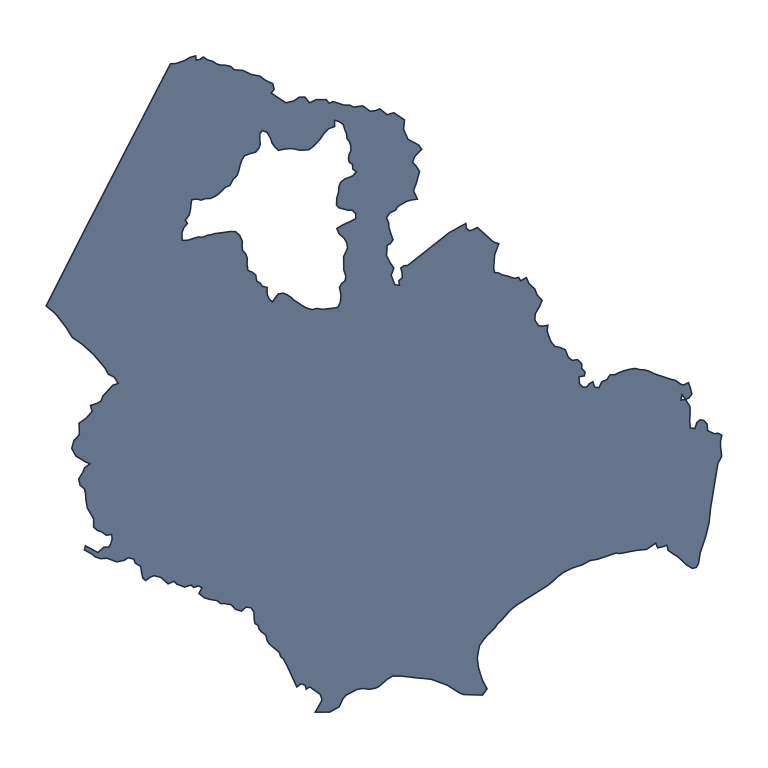 Pelotas, Rio Grande do Sul, Brazil (Natural Earth projection)
{"feature_id": "56859067B94583558960101", "entity_name": "Pelotas", "entity_type": "district", "adm_level": 2, "iso_a3": "BRA", "parent_name": "Brazil", "parent_adm1": "Rio Grande do Sul", "projection": "natural_earth1", "projection_center": [-52.336, -31.561], "detail": "fine", "context": "isolated", "style": "filled", "palette": "slate", "viewbox_px": 768, "rotation_deg": 0, "n_neighbors": 0, "source": "geoboundaries", "source_scale": "gbopen_adm2", "svg_char_len": 6007}
<svg xmlns="http://www.w3.org/2000/svg" viewBox="0 0 768 768"><path d="M46.1,306.0L54.4,312.7L57.2,315.9L63.5,324.1L66.0,327.3L72.3,337.5L81.8,343.9L93.9,354.9L104.9,368.0L108.3,374.2L114.4,377.3L118.1,383.5L112.8,385.2L102.9,396.0L100.9,401.1L96.8,403.5L90.5,405.4L92.1,411.5L85.8,418.5L79.0,423.2L79.4,434.0L77.2,437.3L74.0,440.3L71.7,448.4L75.9,456.1L85.9,462.1L90.0,463.7L84.4,468.0L83.0,471.9L78.7,479.0L80.0,485.2L84.6,489.0L85.6,494.8L85.9,499.8L87.3,508.0L93.6,518.9L93.6,527.1L97.4,530.5L101.2,531.6L106.4,535.3L111.5,534.4L112.2,538.5L110.8,543.9L108.7,547.1L104.0,547.1L97.8,552.5L85.5,545.8L84.3,549.9L92.2,554.2L95.0,556.8L100.6,558.7L107.1,558.3L116.8,561.9L124.1,560.4L128.2,557.8L133.9,559.2L135.1,563.0L140.7,566.5L141.5,572.2L142.8,578.1L145.6,580.6L150.7,576.9L154.1,575.7L160.9,577.4L168.1,583.9L174.1,581.3L176.7,584.1L184.6,587.1L191.1,585.1L193.8,587.5L198.7,585.8L201.9,587.9L198.9,593.5L204.5,597.9L209.6,599.4L216.9,600.6L220.9,603.7L224.2,603.5L231.2,604.7L235.4,609.3L241.3,611.1L246.2,607.1L251.1,607.9L253.9,611.9L254.2,619.8L255.0,623.7L258.1,625.2L259.0,629.0L261.7,632.1L265.6,634.8L267.3,640.9L269.3,643.9L274.5,648.4L279.2,652.3L280.6,656.5L283.2,658.7L287.1,665.8L296.8,687.0L301.0,683.8L305.2,685.2L306.1,689.2L309.7,686.9L320.2,694.4L322.1,700.0L315.2,712.2L329.8,712.1L339.1,706.9L343.0,698.7L346.0,695.2L350.7,692.7L356.4,689.7L362.5,688.5L369.7,689.3L375.5,688.2L378.8,686.6L387.5,679.1L392.5,676.1L396.2,676.1L401.0,676.1L418.7,678.1L423.5,678.5L431.2,679.3L447.4,685.3L459.7,693.1L463.9,694.6L482.5,695.1L487.1,688.8L483.0,681.3L481.0,675.9L478.5,667.5L478.0,663.6L477.3,657.9L478.5,650.9L479.6,645.4L485.5,637.2L491.8,631.0L494.3,628.5L497.8,623.6L501.1,620.6L507.5,613.5L510.1,610.4L516.5,605.2L548.3,585.1L552.6,581.5L558.0,576.6L563.3,572.5L572.2,568.1L582.4,564.8L589.9,560.6L597.6,559.3L616.0,553.1L619.6,553.6L636.5,550.4L646.6,549.4L655.7,543.2L657.6,547.9L662.4,546.9L666.8,545.3L668.1,550.3L674.1,554.6L677.8,556.6L686.5,565.0L692.4,568.4L696.3,567.5L698.5,563.6L700.3,552.5L705.8,536.3L709.1,522.6L710.6,508.2L717.9,463.5L721.7,456.2L720.5,446.2L720.6,440.7L721.9,435.3L717.9,433.1L714.5,433.8L707.6,430.6L707.1,424.1L703.8,420.4L700.2,419.8L696.9,422.4L694.8,428.6L690.3,427.8L689.7,420.9L690.1,413.0L690.1,406.8L685.5,399.4L689.0,397.9L691.9,394.0L690.2,387.3L688.5,382.6L683.5,385.1L680.2,383.9L675.5,380.3L671.7,379.5L658.8,375.3L654.3,373.7L648.6,371.0L644.8,369.9L640.0,369.6L634.8,368.4L629.5,369.3L623.7,370.8L618.4,372.9L614.3,374.8L610.1,374.8L606.8,379.8L601.7,381.8L599.0,387.7L594.6,387.2L592.8,381.7L589.2,383.9L586.4,387.3L582.7,386.9L579.5,383.7L579.0,376.8L584.4,375.9L585.1,372.1L581.8,368.4L581.7,363.7L577.5,359.6L572.1,360.4L568.3,357.2L565.3,349.7L560.2,347.5L554.7,346.3L551.2,342.0L548.6,335.7L547.1,330.5L547.9,325.2L543.4,326.1L538.7,325.8L534.9,320.3L535.2,314.0L539.7,306.3L542.1,300.4L539.3,297.4L536.8,294.2L534.8,288.9L528.9,283.5L526.4,277.6L520.6,280.8L518.7,277.4L515.0,278.3L511.5,277.4L507.8,276.1L502.3,274.9L498.5,272.9L494.5,272.4L493.7,268.2L494.7,254.6L498.8,243.7L493.4,241.9L477.3,227.4L472.5,229.9L469.1,230.7L466.3,228.2L465.9,223.5L458.6,227.3L454.7,229.7L449.4,232.5L407.7,265.4L403.9,265.8L400.8,267.9L401.9,272.3L402.4,277.6L398.8,280.7L399.4,285.2L394.9,284.8L391.2,275.1L393.9,268.0L390.4,263.2L386.4,255.3L387.0,249.3L387.1,245.4L390.3,243.6L393.0,239.8L390.5,232.5L388.9,227.1L388.7,222.6L386.5,217.8L389.6,213.1L395.6,210.1L397.8,206.4L406.7,201.3L411.5,200.0L417.4,199.2L413.5,190.6L416.2,183.7L417.8,177.8L419.6,171.6L416.0,165.9L412.5,162.3L414.8,156.4L418.3,152.7L421.8,149.3L418.5,144.9L408.1,139.4L403.5,129.2L404.6,120.0L393.8,112.7L387.2,114.7L379.8,108.8L375.7,110.6L369.9,111.2L366.6,108.6L362.7,105.8L353.6,107.1L350.1,105.2L343.5,105.0L337.7,103.0L332.9,101.5L329.4,103.3L326.1,99.6L316.2,99.6L309.5,102.8L304.8,97.0L299.1,97.2L293.9,100.9L285.8,102.8L271.2,93.1L274.2,89.3L272.8,83.7L267.1,81.1L263.8,79.2L260.1,76.2L250.9,74.3L242.6,70.3L234.3,69.8L230.6,66.3L224.7,65.1L220.3,65.0L216.6,63.9L212.9,61.4L207.0,59.6L203.3,57.0L199.9,59.4L196.2,60.2L195.7,55.8L189.9,57.4L184.3,60.7L175.8,63.5L170.5,63.7L156.5,90.6L143.3,116.4L124.8,152.1L108.5,183.7L99.5,201.3L87.8,223.8L46.1,306.0ZM272.5,301.8L269.1,298.9L267.2,294.6L267.1,287.4L262.3,286.3L260.2,283.0L256.7,281.1L255.8,275.1L252.2,272.1L248.0,270.5L247.1,264.7L247.3,258.1L245.9,254.2L242.6,250.3L242.1,246.2L242.4,241.3L239.6,235.2L235.5,231.6L230.1,231.5L224.6,232.3L218.6,233.1L214.6,233.6L210.7,234.8L207.4,235.2L202.8,237.2L198.0,237.0L193.1,238.5L189.4,239.8L185.6,240.4L182.2,240.3L182.0,232.5L184.1,227.3L187.4,223.5L185.4,220.2L189.2,215.0L190.6,208.8L191.0,204.2L191.9,199.6L197.3,199.1L201.0,200.2L205.2,198.7L210.3,198.5L215.2,196.4L218.6,193.8L222.1,190.7L225.5,187.1L229.8,185.6L233.1,179.4L237.1,175.5L239.0,170.0L240.2,164.8L242.0,159.8L244.6,155.7L250.3,153.6L255.7,152.1L258.9,148.2L260.3,144.3L259.8,139.2L259.9,133.8L262.2,130.6L267.0,132.3L270.7,138.7L272.1,143.2L275.1,147.2L278.4,150.4L284.4,149.1L289.5,148.6L293.9,148.9L298.8,150.1L303.6,150.1L309.0,149.7L313.8,146.0L317.1,142.4L320.3,139.0L323.9,133.5L328.6,128.7L334.7,126.5L334.5,120.3L338.8,121.4L343.2,124.4L344.9,129.9L346.6,133.8L347.0,138.7L349.5,141.7L350.8,146.0L350.9,150.8L349.0,154.5L348.4,158.6L349.4,162.4L352.5,164.4L352.7,169.0L356.2,171.9L353.0,175.7L349.5,177.2L344.9,178.9L340.7,182.1L339.0,186.2L338.5,192.3L336.7,198.3L336.5,205.2L339.1,207.9L342.6,208.8L347.4,210.1L352.5,210.4L355.7,213.8L355.7,218.7L351.6,220.8L347.7,222.6L342.5,225.0L336.8,228.5L339.3,234.0L344.2,238.3L346.8,242.9L347.5,248.0L345.8,252.1L343.6,256.4L343.7,263.0L343.8,270.1L345.8,276.1L345.1,280.7L341.8,283.4L339.4,287.4L340.3,291.4L341.0,295.9L340.2,302.4L337.9,307.4L332.5,308.2L326.8,308.9L322.1,309.3L317.2,308.4L312.2,309.6L306.8,308.1L301.8,305.4L298.1,302.6L293.9,300.2L290.9,297.2L287.4,294.9L283.0,293.1L278.2,294.0L274.9,298.3L272.5,301.8ZM685.5,399.4L680.8,400.1L682.0,394.6L685.5,399.4Z" fill="#64748b" stroke="#1e293b" stroke-width="1.5"/></svg>